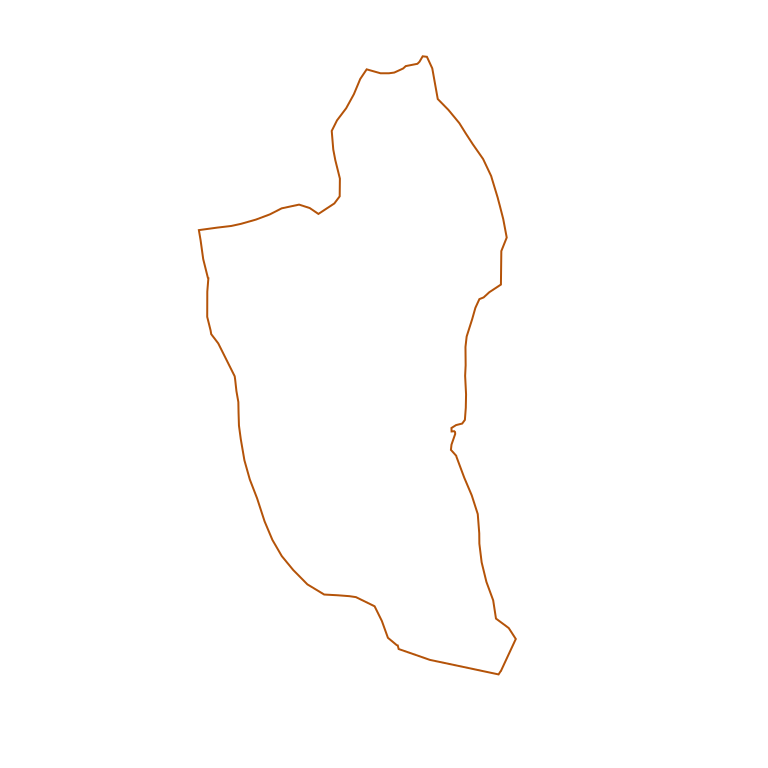 the district of Shaharah, Amran, Yemen, rotated 166°
{"feature_id": "15242507B60781890450687", "entity_name": "Shaharah", "entity_type": "district", "adm_level": 2, "iso_a3": "YEM", "parent_name": "Yemen", "parent_adm1": "Amran", "projection": "equal_earth", "projection_center": [43.696, 16.186], "detail": "fine", "context": "isolated", "style": "outline", "palette": "amber", "viewbox_px": 768, "rotation_deg": 166, "n_neighbors": 0, "source": "geoboundaries", "source_scale": "gbopen_adm2", "svg_char_len": 1627}
<svg xmlns="http://www.w3.org/2000/svg" viewBox="0 0 768 768"><g transform="rotate(166 384 384)"><path d="M317.8,104.7L322.0,117.0L332.1,129.3L330.4,147.7L332.5,167.2L332.4,187.3L330.1,206.0L327.7,216.1L324.5,235.1L325.8,254.7L328.8,273.7L331.3,295.8L331.3,296.9L335.0,303.9L333.2,308.8L327.0,318.3L326.7,320.2L327.3,321.2L329.9,321.6L329.2,325.0L324.0,326.7L317.7,326.7L314.2,329.6L310.4,341.1L306.9,354.0L303.3,372.3L300.2,382.6L296.0,400.2L292.3,410.1L282.8,425.5L276.9,435.8L270.9,443.3L266.4,443.9L259.6,447.6L246.5,452.2L238.0,484.6L229.5,496.4L228.4,515.3L228.5,529.2L228.6,535.0L228.6,537.2L229.6,557.0L229.7,559.8L233.4,578.3L239.9,595.3L244.0,607.2L247.8,618.9L255.2,634.4L262.9,647.5L260.8,678.6L263.2,691.1L267.2,692.6L271.6,688.1L274.1,686.6L286.0,687.2L289.1,685.5L298.7,683.7L304.0,684.3L312.3,686.4L324.7,693.5L333.3,685.7L335.5,682.7L343.1,672.5L354.0,660.7L365.8,651.2L373.5,642.2L376.5,623.8L377.1,613.0L377.1,594.0L381.6,576.8L388.5,571.2L406.5,564.9L413.5,572.7L423.0,578.6L440.8,579.2L453.7,576.2L468.6,574.5L484.0,574.0L494.0,574.3L508.1,576.1L526.4,578.1L527.2,567.7L529.2,549.0L529.2,529.5L528.8,529.2L533.1,516.4L539.3,491.9L539.3,477.8L539.6,474.2L535.0,463.5L534.8,462.6L527.0,427.6L527.4,423.9L528.9,412.9L529.7,401.7L532.1,391.2L534.8,378.7L536.3,365.2L537.9,343.7L537.3,323.8L534.8,303.8L533.1,279.6L530.0,259.7L524.8,241.7L517.1,225.5L506.8,208.1L503.6,204.9L493.0,194.2L480.0,190.2L468.9,186.5L462.8,184.0L446.9,170.6L443.4,154.6L441.6,136.8L434.8,127.5L433.9,127.0L433.9,123.3L406.2,105.2L343.1,74.5L340.3,77.1L340.1,77.1L317.8,104.7Z" fill="none" stroke="#b45309" stroke-width="2"/></g></svg>